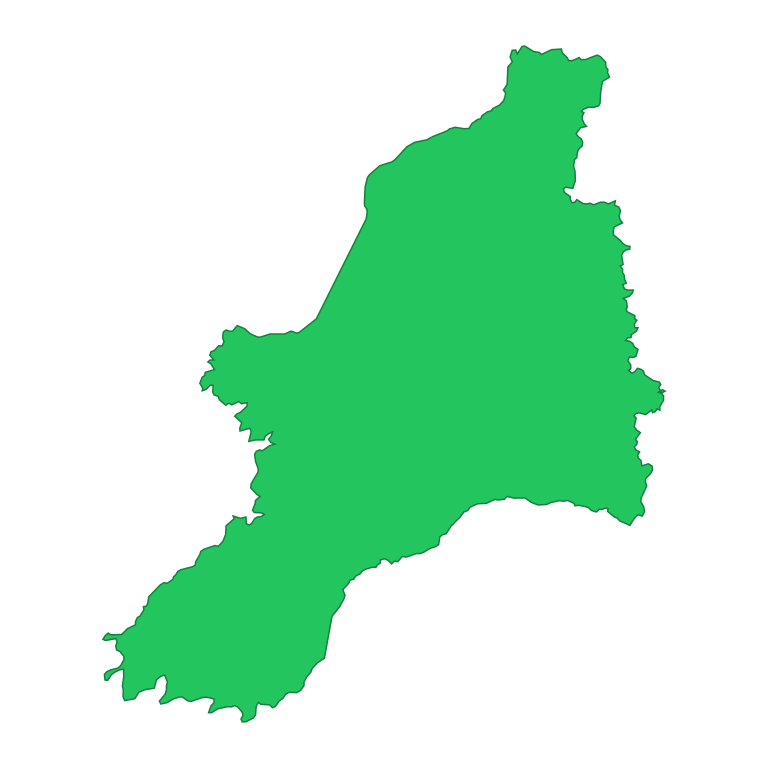 outline of Jaciara, Mato Grosso, Brazil
{"feature_id": "56859067B94463601942766", "entity_name": "Jaciara", "entity_type": "district", "adm_level": 2, "iso_a3": "BRA", "parent_name": "Brazil", "parent_adm1": "Mato Grosso", "projection": "albers", "projection_center": [-55.21, -15.967], "detail": "fine", "context": "isolated", "style": "filled", "palette": "green", "viewbox_px": 768, "rotation_deg": 0, "n_neighbors": 0, "source": "geoboundaries", "source_scale": "gbopen_adm2", "svg_char_len": 6100}
<svg xmlns="http://www.w3.org/2000/svg" viewBox="0 0 768 768"><path d="M210.9,351.9L209.8,355.3L213.8,359.9L209.9,360.1L207.9,362.0L210.8,363.7L214.5,369.6L205.1,372.4L204.8,375.4L202.2,377.2L199.8,383.3L202.7,388.1L202.2,390.8L206.1,389.4L210.5,384.9L213.2,385.5L212.7,392.0L214.0,394.9L218.3,396.3L219.3,399.7L225.8,405.3L228.7,403.2L231.7,404.8L238.9,401.6L241.5,403.7L247.2,402.7L247.0,406.2L240.4,412.4L236.9,413.9L234.7,416.2L241.7,422.7L239.8,428.2L240.0,431.0L249.8,428.3L251.2,431.6L248.8,441.4L255.6,439.9L264.0,439.9L265.1,436.5L268.4,433.8L272.6,431.9L271.4,435.7L268.6,439.3L270.8,442.5L274.8,444.1L269.6,445.7L262.2,450.8L259.6,449.9L256.3,451.3L254.6,454.4L255.6,461.6L258.1,468.5L258.1,472.0L251.2,483.7L250.7,487.9L256.9,494.5L260.1,496.4L255.5,500.4L255.1,503.7L252.5,510.3L254.3,512.5L261.5,512.9L264.3,514.5L261.1,516.6L257.4,517.0L254.8,518.5L251.7,523.4L249.3,525.0L246.2,523.7L246.0,517.0L240.3,518.3L233.1,516.0L234.1,518.8L226.1,525.7L225.6,534.6L222.8,541.5L218.2,546.4L215.0,545.5L203.6,549.4L200.7,551.5L199.9,554.4L195.7,561.7L195.2,565.2L192.3,566.8L181.0,569.7L177.8,571.4L175.7,575.0L173.7,576.7L172.9,579.4L167.4,583.2L163.9,582.7L160.5,584.7L148.8,596.7L147.7,603.5L146.2,606.3L143.4,606.6L143.9,609.8L139.9,616.2L137.4,617.5L135.6,621.3L135.4,624.8L127.4,628.7L121.7,634.5L110.8,634.8L108.2,633.1L105.4,635.4L102.9,639.3L105.3,640.5L116.0,638.6L117.1,642.1L115.7,646.1L116.6,650.0L119.9,651.5L123.8,656.3L124.0,659.5L120.7,665.6L117.7,668.2L110.7,669.8L106.7,671.8L104.4,674.4L105.0,680.0L107.7,680.3L111.7,674.3L114.6,672.3L120.3,669.6L123.6,669.3L123.7,677.1L122.4,686.1L123.3,689.9L123.0,696.7L124.7,700.6L134.9,698.7L138.8,692.2L144.9,689.7L154.3,688.2L156.4,679.9L161.0,676.2L164.7,675.1L167.5,682.2L166.4,685.6L166.5,689.6L165.1,694.3L159.4,701.1L160.8,704.0L167.2,702.6L173.5,698.9L179.6,697.0L182.2,696.9L187.6,700.8L190.9,701.5L201.8,697.7L206.3,697.2L210.4,698.0L214.2,699.2L213.9,702.8L211.1,705.7L208.6,712.7L211.5,712.7L217.7,708.9L227.7,706.6L230.8,707.0L234.6,705.7L237.5,706.8L242.2,712.2L242.9,715.6L241.0,718.9L242.2,721.9L246.1,721.7L253.3,718.0L255.5,715.2L256.1,707.5L256.9,704.5L258.7,702.5L260.8,704.3L269.6,704.9L272.5,707.7L275.4,706.5L279.3,701.0L283.3,698.0L285.4,694.4L288.9,692.4L296.8,692.6L300.6,690.4L304.0,685.6L304.0,682.0L306.7,677.0L310.7,672.4L312.1,668.7L317.2,663.0L324.4,658.2L332.0,616.3L339.6,606.8L344.0,598.7L345.0,595.3L342.8,589.8L348.8,583.1L350.2,580.0L353.5,579.4L355.9,575.9L360.0,573.9L362.5,570.8L365.9,569.1L372.4,567.2L375.9,567.4L377.4,564.8L380.2,563.2L380.6,559.7L384.7,558.8L388.2,560.4L391.5,563.9L394.7,561.1L397.8,561.7L402.2,556.5L406.4,557.1L416.6,553.5L419.8,553.6L424.0,552.1L430.3,548.3L435.6,546.6L438.6,544.6L439.9,536.8L442.4,534.8L446.3,533.7L450.9,526.3L460.1,517.1L463.9,512.0L467.7,510.5L469.9,507.5L473.0,505.7L477.7,503.8L486.4,503.3L495.3,499.3L497.8,500.0L504.4,499.3L507.0,496.5L514.1,498.1L525.1,498.0L531.2,502.3L538.0,505.0L546.5,504.5L550.7,502.6L559.5,500.6L563.3,501.2L567.7,500.5L573.9,503.3L575.0,505.8L578.3,505.3L584.3,506.3L588.5,507.7L591.3,510.4L594.2,511.4L596.7,511.9L599.3,509.3L602.4,509.4L605.5,507.9L608.0,508.8L607.6,511.4L614.5,517.1L617.1,518.0L619.6,520.8L629.9,525.4L633.9,519.0L637.8,514.8L642.3,516.1L644.5,511.5L643.7,506.8L640.7,501.3L641.4,497.6L646.7,486.2L645.3,481.4L645.7,478.5L650.5,473.7L652.6,469.9L652.1,466.0L648.3,463.8L641.9,465.9L640.9,460.4L638.4,458.2L637.7,455.1L639.6,451.9L635.7,449.8L634.3,447.0L636.8,444.3L637.4,441.6L635.4,439.4L640.4,432.7L636.9,430.2L634.2,426.8L636.2,418.2L634.0,415.8L635.8,413.6L639.2,412.8L645.7,414.6L651.6,410.0L652.5,412.6L655.5,411.6L656.8,408.9L659.9,410.2L659.8,406.8L663.5,400.4L663.6,396.0L661.4,393.0L658.4,392.5L660.1,390.5L658.8,387.2L660.7,384.7L659.4,382.1L653.1,380.5L644.6,374.8L643.5,371.2L641.0,369.3L637.5,368.3L634.9,371.6L632.0,373.3L628.4,370.4L630.8,368.7L630.7,364.8L627.9,360.7L629.4,357.0L633.5,357.4L636.1,356.2L638.0,349.3L634.5,347.1L632.7,343.3L629.2,341.1L625.7,340.5L627.5,337.9L631.1,337.6L631.2,334.7L636.6,331.0L638.0,327.7L634.9,327.8L634.3,324.1L636.9,320.2L634.7,318.7L634.8,315.7L627.5,311.9L626.1,309.6L627.3,307.1L626.3,300.7L623.2,298.4L629.5,296.1L632.4,293.0L633.3,290.1L627.7,290.1L624.5,288.9L622.8,284.6L626.3,283.2L624.5,279.1L624.2,275.3L622.5,272.5L622.6,269.2L620.2,265.9L623.1,264.5L621.6,255.3L623.5,251.6L626.2,249.9L629.7,249.2L630.0,246.4L626.4,245.8L622.9,243.6L620.5,240.6L613.5,234.9L613.2,231.3L614.2,226.9L622.5,222.9L620.1,219.7L619.1,215.9L620.6,210.8L618.7,207.0L614.5,205.2L615.4,200.8L608.4,203.9L604.5,202.2L600.6,202.2L593.6,204.8L590.1,203.2L587.2,204.0L583.1,203.6L576.8,199.6L575.0,202.2L572.3,202.8L570.5,200.1L570.2,196.5L564.3,192.4L563.6,188.7L565.8,187.2L572.7,188.4L575.4,180.7L575.0,171.0L573.6,166.6L574.5,159.6L576.7,157.7L577.4,152.1L578.9,148.9L582.1,146.1L582.7,142.6L581.5,139.2L578.1,136.5L576.2,133.7L580.5,127.7L586.5,126.4L584.2,123.7L582.4,119.5L582.3,116.1L583.9,112.6L581.5,111.6L583.2,109.4L588.9,107.1L593.6,107.4L598.6,105.8L600.0,103.4L600.7,92.0L602.5,81.4L609.5,77.2L607.6,72.8L607.9,69.5L606.0,67.2L605.6,62.1L600.4,56.6L597.1,55.1L585.3,59.6L581.1,59.6L579.2,57.6L572.4,60.6L568.6,60.6L567.3,57.8L562.2,52.6L561.4,49.0L551.4,49.7L541.4,54.5L539.3,52.4L533.7,51.6L524.9,46.1L522.1,46.4L517.3,53.9L515.8,50.0L512.2,50.3L510.1,56.9L512.3,62.0L507.9,66.9L507.1,84.5L503.4,90.1L505.6,92.9L505.0,96.5L503.6,100.7L499.5,105.1L493.0,108.4L490.9,111.0L487.7,111.7L482.0,115.6L480.7,118.8L477.6,119.5L472.1,123.3L468.9,128.5L463.8,128.7L455.1,127.3L449.5,128.9L447.3,130.8L433.2,136.4L426.8,139.8L414.4,142.4L406.9,146.8L395.0,159.7L391.9,161.9L379.8,165.7L369.0,175.2L367.3,178.0L365.2,186.6L364.4,202.1L364.6,205.8L366.8,209.1L367.2,211.8L366.2,218.9L316.3,318.9L299.2,332.4L296.6,333.1L291.1,331.1L284.6,334.0L270.1,334.0L260.4,337.1L257.7,337.1L250.0,333.6L244.7,328.7L237.2,325.6L232.6,331.1L229.8,331.3L226.1,330.0L223.3,332.0L222.6,337.5L224.0,341.9L222.1,345.9L218.7,345.7L214.7,350.2L210.9,351.9ZM661.4,393.0L665.1,391.2L662.7,389.8L660.1,390.5L661.4,393.0Z" fill="#22c55e" stroke="#15803d" stroke-width="1.5"/></svg>